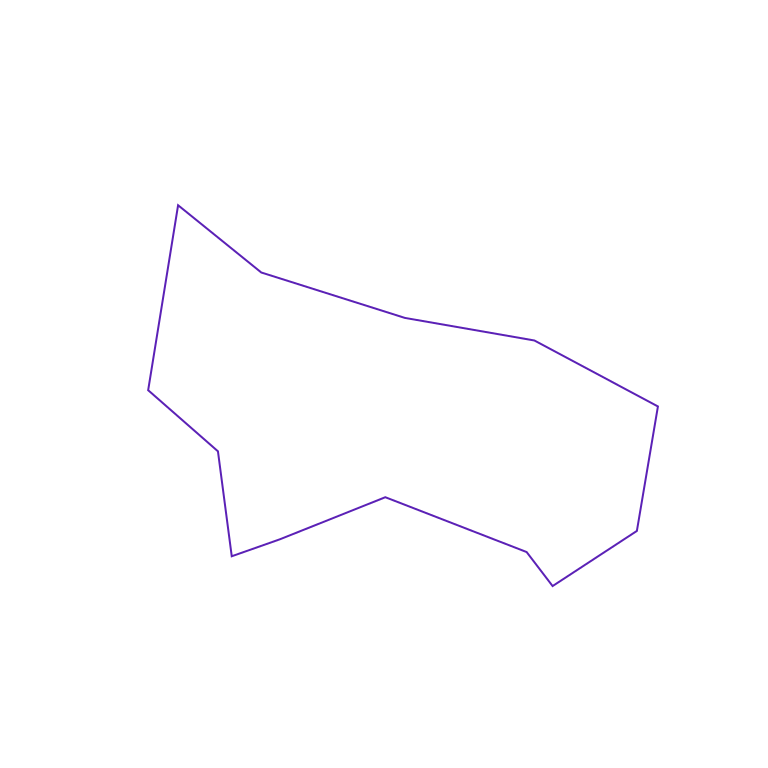 the state/province of São Lourenço dos Órgãos, rotated 238°
{"feature_id": "CPV-5050", "entity_name": "São Lourenço dos Órgãos", "entity_type": "state/province", "adm_level": 1, "iso_a3": "CPV", "parent_name": "Cabo Verde", "parent_adm1": "", "projection": "albers", "projection_center": [-23.579, 15.047], "detail": "fine", "context": "isolated", "style": "outline", "palette": "violet", "viewbox_px": 768, "rotation_deg": 238, "n_neighbors": 0, "source": "natural_earth", "source_scale": "10m", "svg_char_len": 334}
<svg xmlns="http://www.w3.org/2000/svg" viewBox="0 0 768 768"><g transform="rotate(238 384 384)"><path d="M123.3,419.9L165.9,415.9L287.3,325.1L307.5,213.3L318.6,163.6L414.9,207.5L503.7,180.7L644.7,304.1L543.6,339.0L428.9,436.8L341.2,534.6L219.8,604.4L125.4,520.6L123.3,419.9Z" fill="none" stroke="#5b21b6" stroke-width="2"/></g></svg>